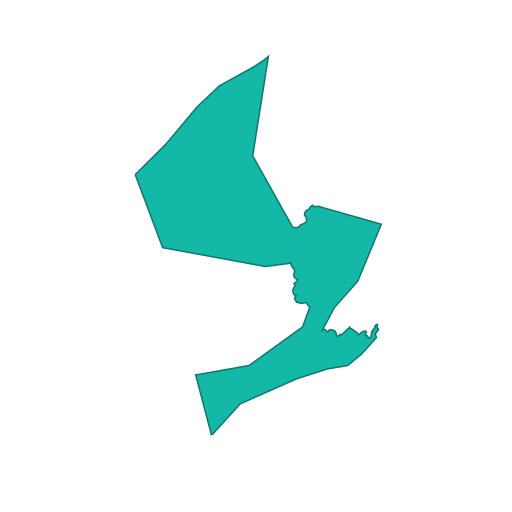 the district of Marc, Castries, Saint Lucia, rotated 213°
{"feature_id": "8701671B40300568900689", "entity_name": "Marc", "entity_type": "district", "adm_level": 2, "iso_a3": "LCA", "parent_name": "Saint Lucia", "parent_adm1": "Castries", "projection": "equal_earth", "projection_center": [-60.964, 13.958], "detail": "fine", "context": "isolated", "style": "filled", "palette": "teal", "viewbox_px": 512, "rotation_deg": 213, "n_neighbors": 0, "source": "geoboundaries", "source_scale": "gbopen_adm2", "svg_char_len": 1836}
<svg xmlns="http://www.w3.org/2000/svg" viewBox="0 0 512 512"><g transform="rotate(213 256 256)"><path d="M367.2,401.7L378.8,379.8L379.3,378.9L380.2,375.4L381.5,370.1L382.7,365.1L385.0,355.8L385.7,352.7L386.6,349.2L389.6,324.2L392.5,301.1L392.8,299.5L393.1,298.0L401.5,259.0L401.2,258.2L338.9,212.2L338.5,212.3L242.4,252.3L222.7,269.1L222.1,268.0L218.8,266.2L216.5,265.5L215.1,263.9L214.3,260.8L212.2,258.9L208.2,258.5L208.0,256.6L209.2,253.7L206.8,252.3L207.0,250.4L206.7,247.7L204.8,245.4L203.6,244.4L202.0,244.3L200.7,244.8L201.0,242.9L200.0,240.8L199.5,240.8L196.9,239.4L193.4,240.5L192.3,240.8L190.2,242.8L189.0,244.0L187.2,243.8L186.3,243.2L184.4,242.8L183.1,242.6L178.3,221.9L202.1,160.5L241.8,123.4L196.6,82.3L196.5,81.9L195.3,83.0L188.7,123.5L155.0,175.2L134.5,200.3L119.5,214.0L114.1,231.0L110.5,253.4L110.9,253.6L111.1,253.7L112.5,254.5L113.4,256.2L113.4,259.0L113.1,260.0L113.2,261.3L114.9,261.9L115.8,262.5L116.3,263.8L116.9,264.6L117.5,264.4L118.0,263.1L117.9,261.4L117.2,259.7L117.7,258.3L117.7,256.3L117.5,255.0L115.9,251.8L115.6,250.4L116.3,248.7L117.5,248.9L119.3,249.7L120.5,249.2L121.5,249.8L121.9,251.7L122.4,252.7L123.1,252.7L124.7,251.7L126.0,249.2L126.9,245.9L130.2,246.9L138.6,246.9L138.7,247.1L141.4,236.1L142.8,236.1L143.3,234.3L144.1,232.8L145.0,233.0L147.2,235.2L148.7,236.1L151.4,235.8L153.8,234.6L154.3,233.6L154.3,231.8L154.8,231.0L156.1,231.6L157.5,232.0L159.0,231.7L159.8,230.0L160.3,232.9L161.0,242.8L162.2,255.4L159.9,270.6L156.9,290.4L157.0,290.6L168.2,350.9L229.1,332.1L229.5,332.3L234.8,328.9L236.1,329.4L237.0,327.7L237.0,324.4L238.6,321.4L238.7,319.0L237.6,316.8L234.1,315.1L232.5,312.5L232.3,311.7L233.9,308.9L235.6,306.2L236.0,303.3L238.0,301.5L240.9,300.1L313.3,338.2L354.3,430.1L355.1,427.6L356.0,424.5L361.0,413.3L367.2,401.7Z" fill="#14b8a6" stroke="#0f766e" stroke-width="1.5"/></g></svg>